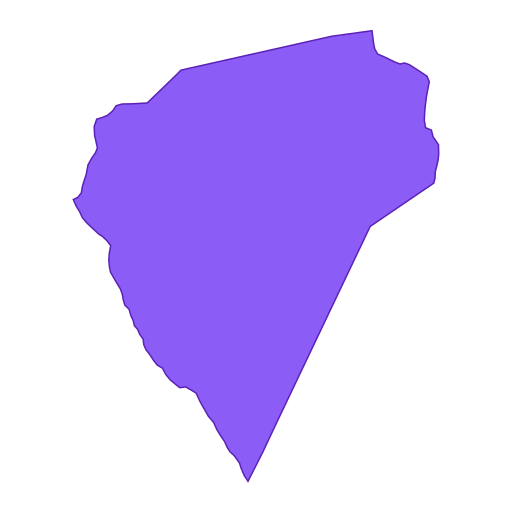 outline of Candiba, Bahia, Brazil
{"feature_id": "56859067B67579783973677", "entity_name": "Candiba", "entity_type": "district", "adm_level": 2, "iso_a3": "BRA", "parent_name": "Brazil", "parent_adm1": "Bahia", "projection": "natural_earth1", "projection_center": [-42.851, -14.43], "detail": "fine", "context": "isolated", "style": "filled", "palette": "violet", "viewbox_px": 512, "rotation_deg": 0, "n_neighbors": 0, "source": "geoboundaries", "source_scale": "gbopen_adm2", "svg_char_len": 1480}
<svg xmlns="http://www.w3.org/2000/svg" viewBox="0 0 512 512"><path d="M435.0,178.1L435.3,171.6L436.7,166.3L438.1,160.1L438.7,154.1L438.5,144.7L433.0,136.6L431.4,130.1L425.6,127.7L424.3,120.5L424.7,112.1L425.4,104.9L426.5,96.3L427.7,89.9L429.3,81.7L427.0,76.2L421.3,72.4L415.8,68.8L409.2,64.6L404.5,63.0L400.0,64.0L395.0,62.1L389.1,59.2L383.0,56.3L377.7,54.1L374.7,48.9L373.6,43.4L372.9,37.7L372.0,30.7L332.0,36.2L321.7,38.5L308.8,41.4L187.8,68.6L180.9,70.2L176.6,74.6L147.2,103.0L132.3,103.8L122.2,104.0L116.2,105.7L112.5,111.1L107.2,115.5L101.9,117.6L96.7,119.2L94.2,126.5L94.6,135.3L96.2,142.5L97.4,147.9L95.6,152.5L91.7,158.2L88.0,164.9L87.1,169.9L86.1,174.9L84.3,180.2L82.5,186.1L81.3,192.9L77.7,197.4L73.3,199.5L76.0,205.7L79.7,211.9L82.5,217.8L87.4,223.5L94.4,230.0L98.5,233.9L102.4,236.4L106.6,240.4L110.7,245.6L109.3,253.1L108.8,260.0L109.4,266.7L110.5,272.2L116.7,282.9L120.4,289.0L122.3,294.2L123.3,300.0L124.9,305.2L129.1,309.3L130.9,315.7L133.2,320.5L134.4,325.7L137.5,329.2L139.7,334.3L143.1,339.1L143.8,344.7L146.0,349.8L149.3,353.9L153.5,360.3L157.3,365.2L162.4,368.1L165.8,374.5L170.5,380.2L175.2,384.0L179.8,387.7L185.6,386.9L190.4,389.6L196.1,393.1L199.8,401.1L203.0,406.9L205.5,411.2L208.3,416.2L213.6,422.4L217.0,429.9L220.4,435.4L224.6,441.6L227.1,447.2L229.8,451.5L234.5,456.0L239.5,463.1L241.3,468.7L244.3,475.7L248.0,481.3L262.7,452.3L277.1,421.7L340.6,288.5L370.2,226.4L433.8,183.1L435.0,178.1Z" fill="#8b5cf6" stroke="#5b21b6" stroke-width="1.5"/></svg>